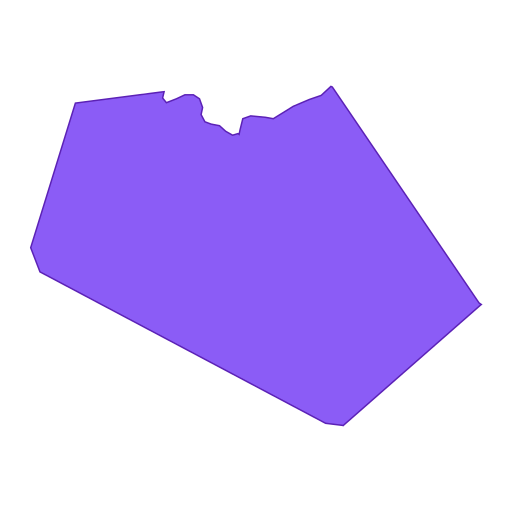 Mocha, Soufrière, Saint Lucia (Albers equal-area conic projection)
{"feature_id": "8701671B91684501452899", "entity_name": "Mocha", "entity_type": "district", "adm_level": 2, "iso_a3": "LCA", "parent_name": "Saint Lucia", "parent_adm1": "Soufrière", "projection": "albers", "projection_center": [-61.025, 13.831], "detail": "fine", "context": "isolated", "style": "filled", "palette": "violet", "viewbox_px": 512, "rotation_deg": 0, "n_neighbors": 0, "source": "geoboundaries", "source_scale": "gbopen_adm2", "svg_char_len": 572}
<svg xmlns="http://www.w3.org/2000/svg" viewBox="0 0 512 512"><path d="M75.4,103.1L50.5,183.7L30.7,247.7L40.0,271.9L325.6,423.3L342.8,425.4L343.1,425.6L480.5,305.1L481.3,304.5L479.0,302.9L332.3,87.0L330.9,86.4L321.2,95.4L309.3,99.5L293.3,106.3L273.3,118.7L265.4,117.3L250.7,115.9L242.8,118.7L240.1,129.6L239.1,134.4L238.0,133.6L232.6,135.2L225.7,131.3L219.5,125.7L211.1,124.1L204.9,121.8L201.1,114.6L202.6,107.5L199.5,98.8L193.4,94.8L184.9,94.8L176.4,98.8L166.4,102.7L162.6,98.0L164.1,91.7L159.7,92.2L75.4,103.1Z" fill="#8b5cf6" stroke="#5b21b6" stroke-width="1.5"/></svg>